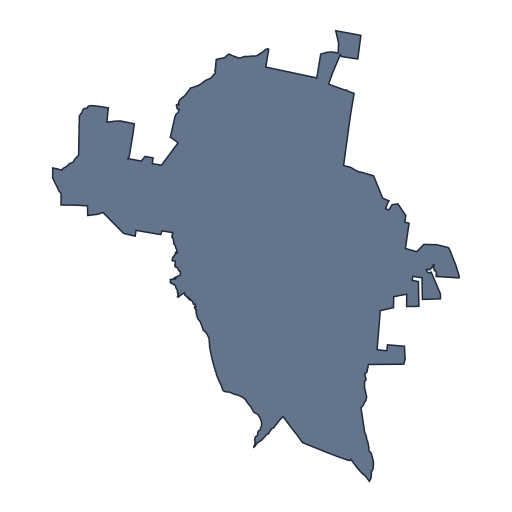 Villa Victoria, México, Mexico
{"feature_id": "50627088B15361749852756", "entity_name": "Villa Victoria", "entity_type": "district", "adm_level": 2, "iso_a3": "MEX", "parent_name": "Mexico", "parent_adm1": "México", "projection": "natural_earth1", "projection_center": [-99.997, 19.432], "detail": "fine", "context": "isolated", "style": "filled", "palette": "slate", "viewbox_px": 512, "rotation_deg": 0, "n_neighbors": 0, "source": "geoboundaries", "source_scale": "gbopen_adm2", "svg_char_len": 6015}
<svg xmlns="http://www.w3.org/2000/svg" viewBox="0 0 512 512"><path d="M354.1,93.4L347.7,91.1L346.7,90.0L344.9,90.1L328.6,84.2L332.6,72.8L340.3,54.7L341.6,56.6L357.8,59.0L360.9,35.4L335.7,30.7L338.6,43.0L338.4,48.3L338.0,53.0L333.4,52.1L330.7,52.0L326.9,52.3L320.7,54.1L316.8,77.9L265.8,67.1L268.7,49.2L267.8,48.8L265.7,49.4L262.3,52.5L260.5,53.3L258.8,54.5L256.9,55.6L255.5,56.0L253.0,56.1L252.0,56.0L246.9,56.6L246.1,56.3L243.8,56.7L239.3,58.2L231.6,55.4L230.5,54.7L228.8,54.1L227.6,54.8L224.7,57.6L221.3,58.4L218.9,58.7L216.9,59.3L216.1,59.7L216.3,60.3L215.9,62.0L215.9,63.7L215.7,63.9L215.9,64.8L215.6,65.0L215.6,65.5L215.8,66.6L215.4,67.2L215.7,68.2L215.4,68.8L215.5,69.1L215.2,69.7L215.3,70.0L214.8,70.5L215.4,73.1L213.8,74.6L210.7,78.2L206.0,80.2L204.0,81.5L201.3,83.7L197.7,85.7L196.2,86.3L194.2,86.8L191.7,87.9L190.8,87.8L184.8,95.7L182.4,97.5L182.3,97.8L181.8,97.9L181.4,98.6L180.5,99.1L179.8,99.8L178.7,101.9L178.5,103.2L178.8,103.6L178.8,104.9L177.5,104.4L176.7,104.6L176.3,105.4L176.9,106.8L176.9,107.5L177.2,108.9L179.0,109.2L179.2,109.8L177.9,112.7L177.2,113.2L176.6,114.1L175.7,114.7L174.8,117.4L170.3,137.3L173.8,139.4L178.0,142.9L161.5,165.2L152.3,163.6L153.1,157.9L145.0,156.4L141.3,161.1L133.5,159.6L127.8,158.7L129.2,156.9L133.2,132.4L134.3,123.8L120.2,120.9L113.2,121.3L112.2,121.6L106.9,122.1L108.3,107.9L102.5,106.9L100.7,106.8L100.3,106.5L94.5,105.8L90.8,105.6L88.2,106.2L88.0,106.8L86.9,108.2L86.5,107.9L85.5,108.4L84.1,108.6L83.7,108.9L82.6,110.2L81.9,112.7L80.5,114.1L80.1,115.0L79.5,115.6L79.3,116.6L79.3,122.7L79.0,126.3L79.2,130.1L79.0,132.9L78.6,155.2L74.5,159.5L73.5,161.5L72.9,162.2L70.2,163.5L69.4,163.6L67.0,166.2L63.4,168.2L62.1,169.5L61.8,170.2L57.3,168.9L52.7,167.9L52.7,178.0L59.3,191.4L61.1,193.4L61.0,205.0L77.1,205.2L87.5,205.9L87.7,215.5L97.7,214.3L103.0,212.5L123.6,233.4L135.2,236.2L136.0,230.4L160.8,234.6L161.9,230.9L172.8,232.6L172.4,233.5L172.6,234.0L172.1,235.3L172.4,235.6L172.3,236.4L171.9,236.7L171.8,237.1L173.2,238.7L173.4,240.6L173.8,241.7L173.5,242.9L173.6,243.5L174.7,244.6L175.3,245.8L176.1,248.8L176.4,249.0L177.4,252.3L177.0,252.9L176.2,252.1L175.7,252.2L175.4,252.8L175.7,253.1L175.7,253.8L175.4,254.3L174.3,255.1L174.1,255.4L174.2,255.9L173.9,256.5L172.6,257.4L172.6,258.5L172.2,259.6L172.1,260.4L172.4,260.8L173.3,260.6L174.0,261.0L174.9,260.9L175.2,261.2L175.2,263.7L174.9,264.2L174.8,264.6L174.8,264.8L175.3,265.0L175.4,265.8L174.9,266.2L175.0,266.5L175.6,267.0L177.9,268.2L178.0,268.5L178.3,268.7L178.3,269.7L178.9,270.2L179.2,271.2L180.2,271.4L180.3,272.7L180.5,273.0L180.2,275.1L179.5,275.6L177.8,276.0L176.3,277.5L175.3,279.1L174.9,279.1L174.7,278.9L175.5,278.0L175.5,277.3L175.0,277.5L174.3,278.1L173.9,278.2L173.6,278.6L173.4,279.3L170.4,279.4L170.2,279.9L170.6,280.5L170.2,282.3L170.7,282.9L175.0,285.2L175.6,286.1L175.9,287.9L176.7,289.0L176.8,289.4L177.3,290.0L177.6,293.4L178.6,293.6L177.4,296.7L176.9,296.7L178.3,297.2L180.1,295.6L183.3,293.5L184.2,292.6L184.7,293.4L184.9,294.5L184.8,295.1L185.5,295.5L186.8,296.8L187.4,297.0L187.4,297.6L187.7,297.8L188.2,297.5L188.3,298.1L189.1,299.4L189.4,298.7L190.4,299.2L190.6,300.2L191.8,300.9L192.6,301.8L192.7,302.3L193.4,303.2L193.2,303.7L193.3,304.0L194.0,304.4L194.4,304.2L195.1,304.1L195.4,305.7L195.9,306.5L195.4,306.7L194.6,306.6L194.6,307.3L195.1,307.4L195.0,307.8L195.4,307.7L195.4,308.3L195.2,308.8L195.8,309.2L195.6,309.7L195.9,309.8L196.2,310.4L196.5,310.4L196.2,311.1L196.1,312.2L196.6,315.2L197.4,317.1L197.5,318.2L200.4,322.1L203.5,330.7L204.3,330.8L206.9,333.8L209.1,338.7L209.7,347.8L211.8,357.5L213.8,365.8L215.0,369.2L215.3,371.3L216.2,372.3L216.2,374.0L219.0,380.9L221.1,385.1L223.0,390.6L225.6,391.8L229.4,392.1L235.3,394.6L237.2,394.9L239.3,395.6L241.8,396.8L244.2,398.6L245.3,399.5L248.5,404.2L251.0,407.1L253.1,411.2L254.8,412.9L257.0,413.8L257.8,414.6L259.3,416.7L260.8,419.6L261.6,422.3L261.4,426.2L260.6,428.0L260.2,429.7L258.4,431.1L258.0,431.9L257.6,433.2L257.7,434.1L257.6,434.7L257.2,435.7L256.5,436.2L255.9,436.4L255.2,437.3L254.7,439.3L255.0,441.1L254.9,443.9L254.6,444.9L253.7,446.8L253.8,447.2L254.9,446.3L257.3,442.8L258.8,442.1L262.2,439.6L266.6,434.7L267.8,434.1L269.1,433.0L269.3,432.3L270.3,430.7L272.0,428.5L273.4,428.0L274.4,427.1L275.2,425.7L280.3,419.4L283.0,416.5L290.2,426.2L297.6,435.8L301.8,441.7L302.4,442.2L302.5,442.6L327.7,452.8L337.7,456.6L349.5,460.7L350.8,459.4L358.1,469.0L362.7,474.0L364.0,474.7L365.8,476.6L369.4,481.3L371.0,478.1L371.5,473.4L371.1,472.8L371.2,472.1L371.4,471.5L371.7,471.4L372.8,469.7L373.4,465.6L373.5,461.2L373.3,461.0L371.3,453.5L370.5,452.2L369.3,451.4L368.9,450.8L368.9,447.6L367.7,441.3L367.0,440.2L366.1,435.5L364.7,432.3L361.0,407.7L363.5,404.9L364.6,402.1L366.0,400.4L366.0,399.6L366.7,397.2L365.1,389.7L364.8,389.4L364.5,385.7L364.6,383.4L364.4,381.9L364.6,381.4L365.7,380.4L365.9,379.9L366.0,378.4L365.7,378.0L364.8,373.5L366.4,372.8L367.2,371.3L367.1,370.1L367.5,369.4L367.5,368.6L368.1,367.3L367.8,366.4L368.6,364.5L403.8,364.2L405.2,359.0L404.4,346.2L387.5,344.8L386.8,350.8L377.1,349.7L380.3,310.6L393.5,307.7L393.7,296.7L406.7,294.2L406.6,306.5L418.4,306.4L418.4,305.9L418.9,306.0L418.4,281.6L411.9,280.2L413.0,276.3L422.0,277.8L422.4,299.4L440.4,298.9L440.5,294.0L440.3,293.6L431.2,272.1L429.6,272.9L427.5,272.2L426.2,269.9L426.5,269.2L427.7,269.7L428.5,269.3L429.5,269.9L430.1,269.6L430.1,269.2L430.4,268.8L430.9,268.7L433.2,265.2L433.6,265.0L433.5,264.7L433.9,264.7L434.0,265.3L433.8,265.4L433.8,266.6L433.5,267.8L433.8,267.7L434.2,268.9L434.0,269.6L434.1,270.1L434.5,270.7L435.1,270.6L435.9,271.4L436.1,271.9L436.1,272.7L436.6,274.1L436.3,274.5L436.6,275.2L436.1,275.5L436.2,276.5L459.1,277.9L459.3,276.5L456.1,265.9L449.8,250.0L448.4,247.6L436.9,244.7L423.8,244.4L416.8,251.7L405.4,248.5L409.1,223.2L404.9,222.3L405.8,215.5L397.9,203.9L392.2,204.6L388.9,209.9L385.6,208.8L387.7,203.0L389.0,200.9L382.7,198.2L373.6,175.8L361.9,172.4L357.3,171.3L350.6,167.3L348.9,166.8L348.8,167.0L343.6,165.4L349.6,121.2L350.9,112.6L353.9,94.8L354.1,93.4Z" fill="#64748b" stroke="#1e293b" stroke-width="1.5"/></svg>